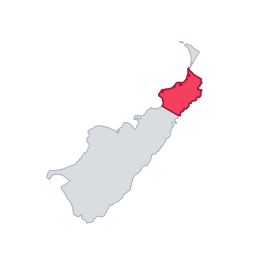 Santa Cruz on a map of Argentina (Mercator projection), rotated 210°
{"feature_id": "ARG-1271", "entity_name": "Santa Cruz", "entity_type": "Province", "adm_level": 1, "iso_a3": "ARG", "parent_name": "Argentina", "parent_adm1": "", "projection": "mercator", "projection_center": [-69.587, -49.195], "detail": "fine", "context": "in_parent", "style": "filled", "palette": "rose", "viewbox_px": 256, "rotation_deg": 210, "n_neighbors": 0, "source": "natural_earth", "source_scale": "10m", "svg_char_len": 8341}
<svg xmlns="http://www.w3.org/2000/svg" viewBox="0 0 256 256"><g transform="rotate(210 128 128)"><path d="M156.3,68.9L155.0,71.1L155.3,72.5L154.2,76.0L154.5,76.7L153.5,78.4L153.9,80.2L153.4,82.0L153.6,84.2L153.3,84.8L152.4,85.0L151.9,88.1L152.6,91.1L152.0,91.7L153.1,93.9L156.6,95.8L158.3,97.8L158.4,98.6L157.5,99.9L157.4,100.9L157.9,102.3L158.8,103.2L160.5,103.8L160.7,105.8L160.4,107.1L157.3,111.8L156.6,113.8L153.6,115.9L145.8,118.3L139.8,119.2L136.3,119.1L134.1,118.1L134.2,120.8L135.4,121.6L134.8,121.6L135.3,122.1L135.0,124.3L134.3,124.7L133.7,126.6L133.8,128.2L134.5,129.5L133.8,130.9L131.1,132.2L128.0,132.6L122.2,130.4L122.4,130.0L122.1,129.9L121.2,130.4L120.8,132.2L121.4,135.1L121.2,137.6L121.6,138.5L123.7,139.5L123.5,140.5L124.2,140.6L125.8,140.3L125.9,139.5L125.2,139.2L127.2,138.6L128.0,139.6L128.0,142.3L127.7,143.0L126.1,143.5L125.6,143.3L124.7,141.5L123.9,141.1L121.7,142.1L121.4,142.7L124.7,144.0L122.3,145.4L120.3,147.9L120.3,152.5L119.8,153.8L118.5,155.0L118.2,155.9L118.7,156.5L118.5,157.3L115.9,157.1L114.1,158.5L112.4,159.0L109.3,164.4L109.7,167.0L113.2,170.9L117.5,171.9L118.1,173.2L117.9,174.8L117.4,175.7L115.8,176.6L117.1,176.6L117.7,177.4L109.9,184.5L108.9,186.7L108.4,191.1L107.8,192.0L106.2,192.9L105.1,192.0L104.3,190.3L104.3,191.6L102.8,192.1L104.6,192.2L105.4,193.3L103.0,194.9L102.3,196.4L102.0,198.5L101.0,199.7L101.8,199.5L102.4,203.6L100.5,203.9L102.9,204.6L105.6,209.4L105.3,209.8L105.3,209.3L98.2,207.1L88.8,206.8L88.8,206.2L86.7,203.6L87.2,201.8L86.8,200.2L87.3,198.8L87.0,197.1L86.2,196.6L83.2,197.6L81.6,193.0L81.7,190.6L81.2,189.1L81.7,187.1L83.3,187.0L83.8,185.0L85.7,183.4L85.8,181.5L86.9,180.4L87.2,179.4L86.2,176.9L87.0,174.2L89.1,172.2L88.9,169.7L90.0,168.4L89.2,165.1L90.3,163.7L89.8,162.9L89.8,161.2L90.9,160.7L91.7,158.8L90.5,157.2L88.4,156.7L88.3,155.8L92.1,155.7L92.6,154.4L92.3,153.6L89.5,153.2L89.5,151.4L90.1,150.2L89.6,149.1L89.8,148.0L89.1,146.5L89.8,145.7L87.9,144.2L87.9,141.5L88.4,140.8L88.1,139.4L89.8,138.1L89.0,135.6L89.2,130.9L88.9,129.6L90.0,127.7L89.5,126.5L90.2,125.5L89.9,123.1L90.8,122.9L91.4,118.9L93.5,117.7L94.0,116.9L92.5,111.9L92.7,110.0L92.4,109.1L92.8,108.0L92.4,106.4L93.1,104.6L94.5,103.8L94.6,103.2L96.1,101.9L96.1,98.7L95.4,97.2L96.2,96.6L96.7,94.2L97.8,91.7L98.7,91.3L98.5,88.5L98.9,86.0L97.6,85.5L97.9,83.7L97.5,83.3L97.2,81.4L96.4,79.8L96.3,79.1L96.8,78.6L95.9,77.9L95.3,76.4L95.4,75.0L95.6,74.1L96.6,73.4L96.4,72.8L97.2,69.9L98.2,69.8L98.8,68.8L98.2,68.3L98.4,66.6L97.9,64.2L98.8,63.0L99.6,59.3L101.9,56.7L103.4,52.6L104.6,52.5L105.9,51.7L104.6,49.0L105.5,47.3L104.6,43.9L104.9,42.6L105.6,41.8L104.8,40.5L105.0,39.4L106.2,38.2L110.4,36.3L112.1,31.0L111.2,30.1L113.5,27.0L115.1,26.5L115.8,25.0L117.9,26.5L121.6,26.5L123.4,27.1L124.7,30.2L126.6,26.1L131.7,25.9L132.7,27.4L134.6,29.1L136.0,31.3L140.2,34.9L145.5,36.6L148.9,39.1L152.7,41.1L154.6,41.6L156.1,43.0L156.4,44.1L155.6,45.0L154.9,46.6L153.9,47.5L153.5,48.5L153.5,49.8L151.5,52.5L151.6,53.5L153.6,53.2L158.6,54.3L161.0,54.3L161.8,54.7L163.1,53.5L165.2,54.0L166.5,51.8L167.9,51.4L169.4,50.0L170.0,48.2L170.3,44.3L171.1,44.6L172.5,44.1L173.7,44.8L174.8,48.1L174.6,51.2L174.0,52.4L172.5,53.1L171.7,54.0L169.3,54.7L168.1,56.4L165.1,58.2L165.3,59.1L164.3,59.1L159.4,65.7L156.3,68.9ZM104.3,229.6L104.5,212.1L106.3,215.4L105.4,215.2L105.1,216.8L106.7,217.2L107.4,219.2L110.7,223.1L115.7,227.0L120.7,228.2L119.3,230.1L114.4,231.0L111.5,230.0L104.3,229.6ZM122.7,229.4L124.2,228.7L127.1,228.5L123.2,230.0L122.7,229.4ZM136.1,120.1L136.0,120.7L135.2,119.8L136.1,120.1Z" fill="#d9dde1" stroke="#a8b0b8" stroke-width="1"/><path d="M89.0,172.4L89.3,172.2L89.2,171.8L89.1,171.7L88.7,171.4L88.6,171.1L88.9,170.9L89.0,170.8L88.8,170.5L88.8,170.0L88.9,169.8L88.8,169.6L88.9,169.4L89.3,169.4L89.7,169.0L89.9,168.9L90.1,168.7L90.0,168.0L90.1,167.7L89.8,166.7L89.7,166.4L89.7,165.8L89.7,165.7L89.0,165.1L89.1,164.9L89.6,164.8L89.9,164.4L90.3,164.0L109.4,164.0L109.2,164.7L109.2,165.1L109.4,166.2L109.6,166.7L110.1,167.9L110.5,168.3L110.9,168.4L111.0,168.6L111.4,168.7L111.5,168.8L111.6,169.0L112.0,169.6L112.7,170.3L112.9,170.7L113.1,170.9L113.5,171.1L113.9,171.2L114.1,171.1L114.4,171.1L114.8,171.2L115.0,171.2L115.1,171.3L115.9,171.4L116.4,171.4L116.7,171.3L116.9,171.3L117.2,171.5L117.4,171.5L117.5,171.6L117.5,171.8L118.0,172.2L118.0,172.4L118.2,173.2L118.1,173.7L118.1,174.4L117.5,176.0L117.3,176.0L116.7,176.0L116.4,176.3L115.8,176.6L115.5,176.8L115.4,176.8L115.0,176.8L115.4,176.9L115.8,176.7L116.1,176.6L116.6,176.3L116.7,176.2L116.9,176.1L117.3,176.2L117.4,176.3L117.5,176.9L117.6,177.1L117.9,177.2L117.8,177.3L117.6,177.5L117.5,177.4L117.3,177.3L117.2,177.4L117.1,177.5L117.1,177.9L117.1,178.0L117.1,178.3L117.3,178.3L117.2,178.6L116.9,178.5L116.5,178.6L116.3,178.7L116.2,178.7L116.2,178.9L116.1,179.1L115.7,179.3L115.6,179.5L115.4,179.6L115.2,179.8L115.2,180.0L115.2,180.3L114.7,180.3L114.6,180.5L114.3,180.8L113.8,180.8L113.6,181.0L113.3,181.1L113.2,181.3L112.9,181.6L112.7,182.0L112.2,182.1L111.9,182.3L111.6,182.6L111.4,183.0L111.2,183.6L111.0,183.8L110.6,183.9L110.2,184.2L109.5,185.0L109.4,185.2L109.3,185.6L109.1,185.8L109.1,186.0L109.3,186.2L109.1,186.3L109.0,186.5L108.9,186.7L108.8,186.8L108.7,186.9L108.8,187.1L108.6,187.3L108.5,187.6L108.2,187.6L108.3,187.7L108.7,187.7L108.8,187.6L108.9,187.3L108.9,187.1L109.0,187.0L109.0,186.8L109.1,186.7L109.3,186.8L109.2,187.2L109.1,187.6L108.8,188.7L108.7,189.7L108.8,189.8L108.7,190.5L108.5,191.2L108.2,191.8L107.9,192.1L107.1,192.8L106.6,193.0L106.2,193.0L105.8,193.0L105.6,192.7L105.4,192.5L105.2,192.0L105.1,191.8L105.0,191.7L104.9,191.5L104.7,191.1L104.6,190.9L104.3,190.4L104.1,190.2L103.9,190.1L104.2,190.3L104.3,190.4L104.3,190.5L104.6,191.1L104.7,191.4L104.7,191.6L104.5,191.8L104.3,191.9L104.1,191.9L103.9,191.9L103.6,191.9L103.3,191.8L103.1,192.0L102.8,192.1L102.7,192.2L103.1,192.2L103.3,192.1L103.5,192.0L103.8,192.0L104.3,192.1L104.7,191.9L104.8,192.0L105.0,192.2L105.0,192.6L105.3,192.9L105.5,193.0L105.8,193.2L105.7,193.4L105.4,193.6L104.0,194.3L103.8,194.2L103.7,194.3L103.5,194.5L103.4,194.5L103.2,194.8L102.8,195.3L102.4,196.2L102.3,196.6L102.1,197.1L102.0,197.6L102.1,197.9L102.1,198.4L102.1,198.6L102.1,198.8L101.8,199.0L101.5,199.3L101.1,199.6L100.9,199.9L100.8,200.1L101.4,199.6L101.8,199.4L102.0,199.5L102.2,200.9L102.2,201.1L102.3,201.3L102.3,201.6L102.4,201.9L102.9,203.3L102.9,203.6L102.8,203.8L102.6,203.7L102.4,203.8L102.2,204.0L101.9,204.0L101.4,203.7L100.9,203.7L100.8,203.8L100.4,203.9L100.2,204.1L99.8,204.2L100.8,204.0L101.1,203.9L101.3,204.0L102.0,204.3L101.9,204.4L101.7,204.6L101.8,204.7L102.3,204.4L102.6,204.1L102.8,204.2L103.0,204.4L103.3,205.2L103.5,205.6L103.9,206.4L104.2,207.1L105.7,209.4L105.8,209.6L105.7,209.7L105.5,209.9L105.5,210.0L105.4,210.1L105.4,209.9L105.3,209.7L105.3,209.4L104.7,209.2L103.6,208.9L102.7,208.4L101.7,208.1L100.4,208.1L98.2,207.1L89.0,207.0L88.8,206.8L88.8,206.5L88.9,206.3L88.8,206.1L88.7,205.9L88.3,205.4L87.9,205.1L87.7,204.9L87.3,204.8L87.2,204.7L87.1,204.1L87.0,203.9L86.6,203.8L86.5,203.7L86.6,203.4L87.0,203.1L87.0,202.8L87.1,202.6L87.1,202.4L87.1,201.9L87.1,201.7L87.4,201.3L87.4,201.2L87.0,200.9L86.8,200.7L86.7,200.5L86.7,200.3L86.8,200.2L87.0,199.8L87.2,199.7L87.3,199.6L87.4,199.2L87.4,198.6L87.4,198.3L87.3,198.1L87.0,197.7L87.2,197.0L87.2,196.9L86.8,196.7L86.2,196.5L85.7,197.0L85.4,197.0L85.2,196.7L84.4,197.0L84.2,197.2L83.9,197.5L83.7,197.7L83.5,197.8L83.3,197.8L83.1,197.6L83.0,197.4L83.0,197.1L83.0,196.8L82.8,196.5L82.7,196.3L82.7,196.2L82.7,195.8L82.6,195.2L82.6,194.8L82.6,194.6L82.4,194.1L82.3,193.9L82.0,193.7L81.4,193.2L81.4,192.7L81.7,192.3L81.7,192.2L81.2,191.6L81.4,191.3L81.4,191.0L81.6,190.7L81.7,190.4L83.0,189.8L83.6,188.9L83.6,188.3L83.5,187.9L83.4,187.7L83.4,187.1L83.5,186.8L83.2,186.7L83.0,186.4L83.1,186.2L83.4,185.8L83.5,185.8L83.5,185.5L83.5,185.3L83.9,184.8L84.1,184.6L84.3,184.5L84.7,184.5L84.9,184.4L85.1,184.3L85.7,183.6L85.8,183.4L85.9,183.2L85.9,182.9L85.9,182.1L85.8,181.7L85.7,181.4L85.9,181.0L86.3,180.7L86.6,180.6L86.9,180.2L87.0,180.2L87.1,180.3L87.2,180.2L87.1,179.8L87.2,179.3L87.0,178.4L86.8,178.2L86.7,178.0L86.6,177.9L86.4,177.7L86.2,177.6L86.1,177.4L86.1,177.2L86.3,176.8L86.5,176.0L86.9,175.2L87.0,175.0L87.1,174.4L86.9,174.1L86.9,173.9L87.1,173.8L87.3,173.7L87.6,173.7L87.8,173.6L88.3,173.0L88.4,172.8L88.5,172.7L88.4,172.3L88.4,172.2L88.5,172.2L88.9,172.4L89.0,172.4Z" fill="#f43f5e" stroke="#9f1239" stroke-width="1.5"/></g></svg>